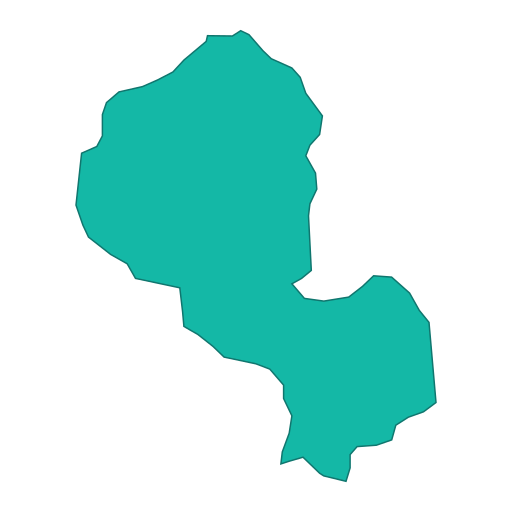 outline of Icheon-si, Gyeonggi, South Korea
{"feature_id": "91817680B6202152929023", "entity_name": "Icheon-si", "entity_type": "district", "adm_level": 2, "iso_a3": "KOR", "parent_name": "South Korea", "parent_adm1": "Gyeonggi", "projection": "robinson", "projection_center": [127.497, 37.193], "detail": "fine", "context": "isolated", "style": "filled", "palette": "teal", "viewbox_px": 512, "rotation_deg": 0, "n_neighbors": 0, "source": "geoboundaries", "source_scale": "gbopen_adm2", "svg_char_len": 1035}
<svg xmlns="http://www.w3.org/2000/svg" viewBox="0 0 512 512"><path d="M81.6,153.2L76.0,205.1L82.9,225.1L88.5,237.1L110.6,254.4L127.2,263.8L135.5,278.4L179.8,287.8L182.6,311.8L183.9,326.4L191.3,330.7L197.8,334.4L213.0,346.4L224.1,357.1L255.9,363.8L269.8,369.1L283.6,385.1L283.6,398.5L291.9,415.8L289.2,433.2L282.3,451.9L280.9,463.9L289.2,461.2L303.0,457.2L319.7,473.3L323.8,475.9L346.0,481.3L350.1,467.9L350.1,454.6L357.1,446.6L376.4,445.2L391.7,439.9L395.8,425.2L408.3,417.2L423.5,411.8L436.0,402.5L434.6,386.5L429.0,322.4L419.3,310.4L409.6,293.1L391.6,277.1L373.6,275.8L362.5,286.4L348.7,297.1L323.8,301.1L304.4,298.4L291.9,283.8L301.6,278.4L311.3,270.4L308.5,215.8L309.9,203.8L316.8,189.1L315.5,173.1L305.8,155.8L309.9,145.2L319.6,134.5L322.4,115.9L305.8,93.3L300.2,77.3L291.9,68.0L271.2,58.7L262.9,50.7L249.0,34.7L240.7,30.7L232.4,36.0L207.5,35.7L206.2,41.4L184.0,60.0L172.9,72.0L157.7,79.9L142.5,86.6L119.0,91.9L106.5,102.6L102.4,114.6L102.4,135.9L96.8,146.5L81.6,153.2Z" fill="#14b8a6" stroke="#0f766e" stroke-width="1.5"/></svg>